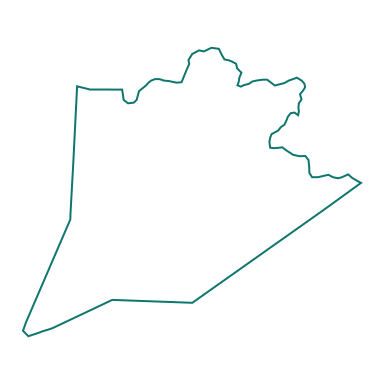 Governador Archer, Maranhão, Brazil (Albers equal-area conic projection)
{"feature_id": "56859067B45377194225928", "entity_name": "Governador Archer", "entity_type": "district", "adm_level": 2, "iso_a3": "BRA", "parent_name": "Brazil", "parent_adm1": "Maranhão", "projection": "albers", "projection_center": [-44.182, -5.001], "detail": "fine", "context": "isolated", "style": "outline", "palette": "teal", "viewbox_px": 384, "rotation_deg": 0, "n_neighbors": 0, "source": "geoboundaries", "source_scale": "gbopen_adm2", "svg_char_len": 1343}
<svg xmlns="http://www.w3.org/2000/svg" viewBox="0 0 384 384"><path d="M77.1,86.3L73.3,162.5L70.5,213.5L70.3,219.5L26.0,322.3L23.0,330.8L28.4,336.2L36.0,333.7L39.5,332.5L42.7,331.2L46.7,330.1L52.6,328.1L112.2,299.9L192.3,302.8L324.4,209.4L361.0,182.9L357.2,180.9L352.3,178.0L348.2,174.4L341.7,177.3L338.1,178.3L333.0,177.2L328.3,174.8L323.1,176.0L318.0,177.2L312.1,177.2L309.4,173.0L309.2,166.8L308.5,160.0L305.3,156.0L299.5,156.2L293.1,154.8L286.5,150.5L282.2,147.3L278.5,147.8L273.9,148.2L270.2,147.7L269.4,142.0L270.2,137.6L271.6,134.1L274.8,132.4L278.1,130.6L280.9,127.1L284.4,124.7L286.5,120.3L287.9,116.7L290.7,113.2L294.6,112.6L298.1,115.2L298.9,111.3L298.4,107.6L298.9,103.3L301.5,99.4L300.0,94.2L303.3,90.3L305.1,87.2L304.4,83.7L301.8,80.7L296.9,77.7L288.7,80.6L284.3,83.1L274.8,85.5L270.7,82.4L267.1,79.7L262.6,79.7L256.7,80.5L252.1,81.6L249.0,83.8L244.0,85.1L240.8,86.6L237.5,85.3L238.7,81.9L239.3,77.9L241.4,72.7L237.1,68.3L236.1,63.8L232.0,61.6L228.8,60.3L224.4,59.4L221.9,55.0L218.8,48.8L211.4,47.8L204.0,51.4L199.0,50.4L192.2,54.0L188.5,60.1L189.2,64.0L186.5,70.1L181.6,82.2L176.6,82.7L169.6,81.2L163.7,80.5L159.4,79.1L155.0,79.1L151.1,80.6L148.5,82.7L146.2,85.3L142.8,88.1L139.0,91.1L136.7,99.8L133.9,102.6L128.0,103.3L123.6,99.8L123.0,95.1L122.1,89.6L90.0,89.5L77.1,86.3Z" fill="none" stroke="#0f766e" stroke-width="2"/></svg>